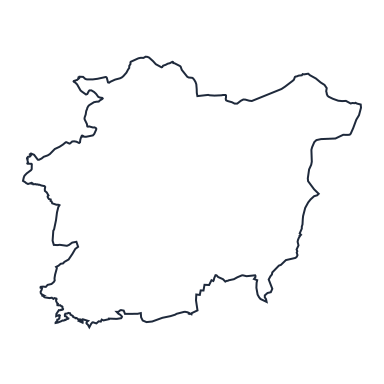 the district of Sacel, Harghita, Romania
{"feature_id": "2599482B48323275068284", "entity_name": "Sacel", "entity_type": "district", "adm_level": 2, "iso_a3": "ROU", "parent_name": "Romania", "parent_adm1": "Harghita", "projection": "equal_earth", "projection_center": [24.895, 46.344], "detail": "fine", "context": "isolated", "style": "outline", "palette": "slate", "viewbox_px": 384, "rotation_deg": 0, "n_neighbors": 0, "source": "geoboundaries", "source_scale": "gbopen_adm2", "svg_char_len": 5724}
<svg xmlns="http://www.w3.org/2000/svg" viewBox="0 0 384 384"><path d="M266.6,301.9L266.0,299.1L264.8,297.4L264.8,295.4L267.5,293.0L270.8,292.2L272.3,288.8L268.7,279.5L270.4,276.3L271.9,274.5L272.3,272.4L278.9,265.6L280.9,264.9L285.9,260.1L295.5,257.9L296.8,256.7L297.5,255.1L296.7,252.6L297.3,251.2L296.6,249.5L298.5,245.4L297.6,241.8L298.0,239.9L298.8,237.9L299.9,236.2L299.6,235.9L301.0,234.8L299.7,233.4L301.8,228.6L301.8,226.6L302.5,224.4L302.8,218.9L303.1,216.0L305.2,207.9L308.2,202.4L310.6,199.4L314.1,196.2L317.2,195.3L318.7,193.8L314.1,189.3L308.1,181.2L307.8,178.4L309.1,169.4L311.2,164.8L311.8,161.7L311.4,149.8L312.1,147.2L314.3,142.1L316.4,140.1L321.0,139.1L335.4,138.5L343.2,134.8L347.7,134.9L349.7,134.7L350.7,133.7L353.2,128.1L356.3,119.7L359.0,115.2L361.0,107.7L360.7,104.5L357.0,103.6L355.5,102.8L354.8,103.2L352.3,103.0L350.7,103.5L345.9,100.9L342.2,101.1L338.2,100.7L332.9,98.8L328.6,96.7L327.5,95.7L326.7,93.8L326.8,93.4L326.2,91.3L326.7,88.1L324.5,84.9L320.7,82.5L315.9,78.5L309.9,75.2L308.2,73.7L303.9,74.4L302.7,74.1L301.8,75.3L298.7,75.6L296.8,76.4L295.5,76.6L294.9,77.0L293.9,79.7L292.7,80.8L285.1,86.6L281.5,89.0L251.8,101.0L249.2,100.7L245.3,99.6L243.3,99.5L240.8,100.8L237.2,103.6L234.6,103.6L231.9,102.2L227.5,101.0L226.1,100.3L225.7,98.9L226.0,97.4L226.0,95.5L225.6,95.0L223.0,95.0L221.3,95.3L214.5,95.6L209.7,95.3L208.2,94.9L197.4,96.1L196.8,92.9L196.7,89.1L196.3,84.3L195.5,82.0L194.2,79.8L193.0,78.3L192.1,77.8L188.7,77.5L187.3,76.8L181.8,69.9L180.6,66.6L179.9,66.0L174.4,63.2L173.3,63.1L173.1,62.1L172.4,61.8L169.8,63.2L167.7,63.7L165.7,64.8L163.1,65.7L162.2,67.1L161.5,67.3L155.8,64.2L153.1,61.2L149.1,57.6L147.5,56.9L145.6,56.7L143.5,57.9L140.8,57.8L138.4,58.3L130.7,61.8L130.4,62.7L130.5,64.0L129.3,65.8L129.2,68.0L128.1,69.5L126.4,72.7L123.3,76.2L121.7,77.5L120.0,78.3L115.1,79.6L110.5,81.7L109.1,82.7L108.0,82.4L106.8,77.8L106.3,77.2L105.7,77.0L97.5,78.8L92.8,79.4L87.0,79.4L85.4,79.0L83.1,76.9L79.3,76.7L79.1,76.9L79.5,77.5L79.3,78.0L78.7,78.6L78.3,78.2L78.1,79.0L77.2,79.9L73.8,81.0L73.6,81.4L73.9,81.8L75.3,82.6L77.1,84.4L80.5,90.4L81.5,91.3L86.0,94.5L87.3,94.0L88.8,91.1L89.5,90.4L91.4,90.4L94.1,92.0L96.1,93.9L98.2,96.8L99.7,97.5L102.2,97.9L102.7,98.4L102.4,98.9L99.8,100.5L98.7,101.6L96.6,101.7L94.0,102.2L89.3,105.1L88.4,106.0L87.4,107.7L87.1,108.9L86.2,111.1L85.7,114.5L84.7,117.3L84.5,118.7L84.7,119.5L86.9,124.0L87.3,126.4L88.0,126.7L89.1,126.4L93.0,127.5L94.6,127.4L96.1,128.3L96.3,128.9L96.1,129.8L94.2,134.0L92.9,135.4L86.0,136.8L84.2,136.7L83.3,136.1L82.9,136.5L82.2,135.6L81.8,135.7L80.9,137.8L80.3,139.7L80.0,142.3L79.1,143.0L76.4,141.7L74.2,141.3L72.2,141.5L70.1,143.4L69.4,143.6L66.4,142.2L65.7,142.3L62.9,144.6L59.5,146.8L54.8,149.0L49.8,154.1L47.7,155.4L43.7,156.8L41.6,158.5L38.9,159.8L37.8,159.7L34.1,154.8L31.0,153.5L30.0,154.2L31.0,155.2L30.7,155.6L30.3,155.6L30.2,156.2L29.6,156.3L29.5,156.7L28.0,156.8L27.1,157.9L27.0,158.7L27.7,158.9L27.5,160.6L28.0,162.2L27.9,162.8L27.3,163.3L27.5,163.7L31.4,163.8L31.8,164.2L31.7,169.1L31.1,170.1L26.7,173.4L24.5,175.7L23.8,177.4L23.0,180.9L25.2,182.2L26.2,183.1L28.0,184.0L31.7,182.8L32.1,183.1L31.9,183.7L32.9,183.7L33.2,184.3L35.7,184.1L36.2,184.5L36.6,184.4L37.8,184.4L38.3,184.8L39.3,184.7L41.4,185.5L44.5,186.1L45.2,187.0L44.8,189.1L44.9,190.9L46.8,192.5L48.5,195.5L47.7,196.2L47.6,196.7L48.0,197.7L48.9,199.0L50.7,199.5L50.6,201.0L51.6,201.5L52.2,203.3L56.3,204.7L58.7,204.8L59.5,205.2L58.3,207.1L57.0,212.4L56.0,220.2L54.1,229.3L53.3,230.8L52.6,240.7L53.8,244.9L57.6,245.1L59.7,244.8L66.9,245.8L68.9,245.0L72.2,242.6L76.4,241.8L78.1,246.8L75.3,248.9L72.4,253.9L68.6,259.5L64.4,261.9L63.1,263.4L60.7,263.8L58.5,265.7L56.1,266.9L56.8,267.8L56.8,268.4L55.1,274.6L54.5,278.3L54.7,280.5L53.8,282.0L51.5,284.0L47.6,284.9L45.8,286.9L43.2,286.6L40.9,286.8L40.5,287.2L40.6,287.8L41.7,288.1L42.0,288.4L41.6,289.9L40.6,291.8L40.8,293.2L41.7,294.3L43.4,295.2L41.5,295.4L43.4,296.1L44.3,297.1L45.0,297.4L49.6,298.1L51.8,297.7L53.4,298.9L54.4,298.1L56.4,298.6L56.6,299.1L56.1,300.0L56.1,301.0L57.1,303.1L57.9,303.7L57.3,304.8L57.4,305.2L59.1,305.4L60.2,305.2L61.2,306.1L62.0,306.3L62.5,306.9L62.4,308.0L63.1,309.0L63.0,309.4L61.7,310.0L60.9,309.8L60.0,310.3L58.9,310.1L56.4,313.9L56.2,316.2L59.0,315.1L59.6,315.2L59.9,315.6L59.3,316.9L59.5,317.7L59.3,318.5L58.0,319.6L57.3,319.7L57.2,320.8L55.6,322.5L55.6,323.0L58.0,322.5L61.5,321.1L62.4,320.5L63.8,320.6L65.0,319.8L65.6,320.0L66.1,319.4L68.3,318.7L68.4,318.4L67.3,317.9L66.4,316.5L65.0,316.2L64.8,315.0L65.3,313.7L67.4,313.5L68.3,312.9L70.1,313.3L70.5,314.7L72.8,315.9L73.2,317.0L75.5,317.9L75.6,318.2L76.6,318.0L78.1,319.3L80.9,319.5L81.0,319.7L80.8,320.0L79.1,320.5L78.7,320.9L82.2,322.5L82.6,322.7L82.7,322.2L82.4,320.3L82.9,319.3L88.1,320.9L87.0,321.8L86.4,323.0L86.8,323.8L87.9,324.7L89.3,327.3L91.1,323.9L92.4,322.4L93.0,322.3L96.4,323.4L98.7,321.3L100.8,321.6L101.7,319.6L103.5,320.4L108.9,319.2L108.9,318.6L116.7,318.9L121.2,318.2L122.0,316.8L121.7,316.2L120.2,314.7L118.4,313.7L116.7,311.9L118.3,311.9L120.4,310.2L121.1,310.1L123.7,310.6L125.0,313.9L137.6,313.8L140.8,313.1L141.1,317.3L142.7,320.5L146.5,322.1L152.2,321.5L162.4,317.8L170.6,316.1L175.1,314.7L176.6,313.8L184.0,311.9L185.1,311.8L187.6,312.3L189.1,313.0L188.8,313.7L189.2,313.9L189.6,313.4L191.5,314.3L191.8,313.1L197.5,310.4L196.0,300.4L196.3,294.5L199.8,294.9L200.7,290.4L203.5,290.5L204.5,284.8L209.1,285.0L211.5,280.2L213.3,281.0L213.8,280.0L214.2,278.2L215.5,275.2L216.5,275.3L218.1,277.0L223.0,279.2L225.3,281.6L226.6,280.9L227.8,280.8L228.7,280.3L233.9,279.2L237.3,277.3L241.8,275.4L242.8,275.3L246.6,276.2L255.1,275.3L255.5,276.0L255.4,277.1L254.0,279.0L257.2,280.2L256.6,282.8L256.4,287.8L257.6,294.6L259.1,297.3L260.5,299.0L266.6,301.9Z" fill="none" stroke="#1e293b" stroke-width="2"/></svg>